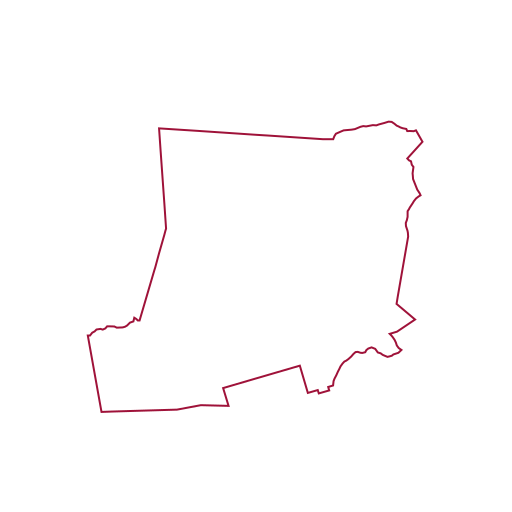 Mossoró, Rio Grande do Norte, Brazil, rotated 74°
{"feature_id": "56859067B95592626644190", "entity_name": "Mossoró", "entity_type": "district", "adm_level": 2, "iso_a3": "BRA", "parent_name": "Brazil", "parent_adm1": "Rio Grande do Norte", "projection": "orthographic", "projection_center": [-37.301, -5.186], "detail": "fine", "context": "isolated", "style": "outline", "palette": "rose", "viewbox_px": 512, "rotation_deg": 74, "n_neighbors": 0, "source": "geoboundaries", "source_scale": "gbopen_adm2", "svg_char_len": 1883}
<svg xmlns="http://www.w3.org/2000/svg" viewBox="0 0 512 512"><g transform="rotate(74 256 256)"><path d="M179.3,67.6L179.5,70.0L178.3,73.5L177.6,76.2L175.3,76.5L173.6,79.8L172.1,81.9L170.7,83.3L169.5,84.8L167.0,86.5L164.5,88.6L163.4,91.5L163.5,96.1L163.4,101.6L163.6,104.3L162.4,107.6L161.8,114.4L160.7,117.1L160.6,120.0L161.3,125.9L160.9,129.3L159.4,137.1L159.7,139.7L160.5,145.5L162.5,147.7L165.0,149.6L162.2,159.4L143.1,212.4L142.4,214.4L139.6,222.3L119.7,277.4L106.6,314.0L128.1,318.6L181.1,329.8L204.9,334.9L206.4,335.9L210.6,338.4L226.6,348.4L239.2,356.0L241.6,357.6L285.9,385.7L285.4,387.4L283.6,388.4L281.8,390.0L285.1,391.9L285.3,395.5L287.3,399.1L287.9,401.4L287.9,403.8L286.5,409.6L284.7,411.6L283.3,416.0L282.6,418.5L284.1,420.8L284.5,423.6L283.2,425.6L282.7,429.6L284.0,431.9L284.6,434.6L286.7,437.5L286.1,439.6L363.3,447.5L365.8,437.4L381.9,374.3L384.2,350.1L392.5,323.7L373.9,324.0L373.7,290.3L373.7,286.5L373.6,267.6L373.5,244.1L401.9,243.9L401.9,233.6L405.4,233.5L405.4,222.7L401.8,222.7L401.7,217.6L397.6,215.9L395.5,214.3L392.9,211.8L389.7,209.1L387.6,207.1L385.4,205.2L383.2,202.4L381.8,200.1L381.5,198.2L380.6,195.7L378.9,192.2L377.0,189.3L375.8,186.8L376.2,184.6L377.8,182.3L378.5,180.5L378.6,177.5L376.9,175.9L375.9,173.6L375.7,170.1L378.1,167.0L382.3,165.5L383.9,163.0L385.9,161.5L387.4,159.7L389.2,157.4L389.3,155.0L389.3,152.9L388.5,151.1L388.3,145.8L386.4,142.1L383.8,144.2L380.8,145.3L377.7,145.4L374.8,145.9L371.5,147.0L369.5,147.9L367.7,148.9L367.6,141.3L360.9,120.6L340.8,134.1L333.4,130.6L279.3,104.4L275.6,103.6L273.5,103.4L268.6,103.6L265.5,102.9L263.1,101.1L260.2,99.5L254.7,97.9L253.2,96.1L251.8,94.8L248.5,90.9L246.8,89.1L244.8,86.3L243.6,83.3L243.0,81.1L240.8,81.4L236.6,82.7L225.3,83.8L221.9,83.1L219.7,82.7L213.8,80.1L211.2,81.1L207.7,80.9L206.3,82.5L204.0,83.7L192.1,64.5L179.3,67.6Z" fill="none" stroke="#9f1239" stroke-width="2"/></g></svg>